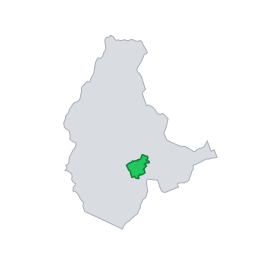 location of Uror, Jonglei, South Sudan, rotated 70°
{"feature_id": "79223893B11973303944142", "entity_name": "Uror", "entity_type": "district", "adm_level": 2, "iso_a3": "SSD", "parent_name": "South Sudan", "parent_adm1": "Jonglei", "projection": "albers", "projection_center": [32.126, 7.693], "detail": "fine", "context": "in_parent", "style": "filled", "palette": "green", "viewbox_px": 256, "rotation_deg": 70, "n_neighbors": 0, "source": "geoboundaries", "source_scale": "gbopen_adm2", "svg_char_len": 4148}
<svg xmlns="http://www.w3.org/2000/svg" viewBox="0 0 256 256"><g transform="rotate(70 128 128)"><path d="M199.4,189.3L192.5,196.3L192.1,196.7L191.2,197.2L188.4,197.2L185.6,196.9L182.9,195.1L180.2,196.5L178.5,196.9L177.5,197.1L175.1,197.3L171.7,198.1L170.2,199.0L169.4,199.7L168.7,201.1L168.4,201.2L167.7,201.1L166.9,200.5L165.1,199.7L164.2,198.0L163.3,197.0L162.6,196.4L159.8,198.1L158.4,198.5L157.3,198.5L155.2,197.5L152.9,196.7L151.7,196.7L150.0,197.7L148.0,199.3L146.9,200.8L146.4,201.7L145.7,200.3L145.1,199.4L144.1,199.1L142.2,199.4L141.7,198.9L141.6,197.7L141.3,196.7L140.9,195.8L139.4,195.0L135.6,193.4L132.7,190.0L131.2,188.5L130.1,187.5L128.6,184.9L126.9,183.1L124.8,182.3L123.4,182.7L122.0,184.6L119.2,186.3L118.0,186.4L116.4,185.4L114.4,184.7L110.9,184.4L109.4,185.2L107.4,186.6L105.8,187.4L104.8,187.5L103.8,187.1L102.7,186.9L101.8,186.9L99.9,185.6L98.9,184.7L98.3,183.8L97.2,183.2L95.9,182.7L95.1,181.9L94.6,180.9L93.9,179.6L93.0,178.5L90.1,176.4L89.2,175.2L88.7,174.0L87.5,172.7L86.2,170.9L85.8,168.3L85.8,166.3L85.6,165.3L85.0,164.4L84.4,163.6L83.4,162.6L81.0,161.3L78.6,159.7L77.4,158.8L75.2,158.5L73.9,157.6L72.8,155.7L72.4,154.1L71.3,152.9L70.8,152.0L70.5,151.0L71.5,148.0L70.2,146.9L68.3,145.5L66.9,143.9L66.1,142.5L63.6,140.6L58.3,137.8L55.2,136.0L53.5,134.3L52.0,132.8L51.9,132.1L52.9,130.6L53.1,129.3L52.3,127.9L49.1,125.2L46.6,122.2L44.6,121.3L40.0,120.4L38.6,120.1L37.2,119.5L35.9,118.1L35.4,116.6L36.2,114.1L35.7,113.3L34.9,113.1L35.2,112.6L36.1,111.4L37.5,110.6L41.4,109.5L41.7,109.0L41.8,107.5L42.1,106.7L43.5,104.6L43.7,103.7L43.8,101.9L43.9,101.0L44.3,100.4L45.4,99.4L45.8,98.7L46.0,97.4L45.9,94.6L46.5,93.5L49.0,91.0L49.6,89.9L49.9,88.9L49.9,87.9L50.0,86.9L50.8,85.9L51.4,85.6L53.2,85.3L54.4,85.5L62.9,83.9L63.9,84.2L64.4,85.2L64.3,86.9L64.4,87.6L64.9,88.2L66.2,89.0L67.2,90.3L67.7,90.8L69.0,91.7L75.3,99.2L77.1,99.9L78.8,99.7L82.3,98.2L84.0,97.8L96.1,98.4L97.4,98.2L97.5,98.2L99.3,102.0L100.2,102.8L113.5,103.0L113.2,101.9L113.4,100.7L115.8,98.5L116.1,98.2L118.1,97.1L120.1,96.4L124.0,95.6L125.4,94.3L126.2,93.0L126.2,90.6L126.7,90.2L127.7,89.6L132.1,87.5L132.9,87.1L140.7,92.1L145.1,96.1L145.4,96.3L145.6,96.4L145.8,96.3L146.0,96.1L146.5,95.9L148.4,95.9L152.0,95.7L153.2,95.2L160.3,88.1L162.2,85.8L162.6,85.4L163.7,83.7L164.8,81.0L165.0,80.6L172.8,74.0L173.1,73.4L173.2,73.0L172.0,70.8L171.7,69.6L171.7,67.9L171.9,65.2L171.8,63.4L171.7,63.0L171.7,62.9L167.3,58.0L178.3,57.9L178.3,57.3L178.3,57.1L178.1,56.5L178.0,55.7L178.0,55.3L178.0,54.9L178.0,54.7L178.0,54.4L186.0,54.4L185.9,55.8L184.9,59.1L184.9,61.0L184.7,63.2L184.4,63.9L184.0,64.5L183.9,64.7L183.9,65.0L185.6,77.5L185.4,78.0L185.0,78.8L184.9,79.0L185.0,79.4L188.7,80.7L188.9,80.8L189.0,80.9L190.3,82.5L197.6,88.4L197.8,88.7L198.6,90.6L198.7,90.8L198.7,91.3L198.7,91.6L198.5,92.8L198.6,93.3L198.7,93.6L198.8,94.0L198.7,94.4L197.7,96.5L197.3,98.1L197.2,99.4L197.3,100.1L197.4,100.6L197.5,100.8L200.7,100.8L200.7,101.5L201.2,112.8L201.2,114.1L201.1,115.7L200.7,116.3L199.8,117.2L198.7,118.0L195.9,118.3L193.6,118.2L191.9,118.1L189.6,118.0L187.5,118.2L186.7,118.9L183.9,124.9L183.0,126.4L182.8,127.3L183.1,127.8L184.2,128.6L186.6,129.6L189.4,130.2L191.5,130.5L192.9,130.8L194.0,131.1L197.9,133.8L199.2,135.1L199.9,136.2L200.1,137.4L200.7,138.6L204.3,142.3L207.7,144.1L209.1,146.1L210.3,147.1L211.6,148.1L212.2,149.6L213.7,154.2L214.7,156.5L215.8,158.5L216.2,161.6L217.0,163.0L217.9,164.7L219.3,166.3L220.8,167.4L221.1,167.8L206.2,182.6L199.4,189.3Z" fill="#d9dde1" stroke="#a8b0b8" stroke-width="1"/><path d="M175.8,140.9L175.8,138.6L177.8,137.8L179.0,135.7L178.8,134.9L178.5,135.2L176.4,134.6L176.6,133.2L175.6,132.5L176.6,131.3L176.7,130.7L175.9,127.3L173.0,127.1L172.2,127.7L171.9,127.6L172.0,126.9L170.8,125.6L170.1,123.7L168.9,123.8L168.1,125.0L167.4,124.5L167.2,122.9L167.9,120.1L167.5,119.7L166.0,119.9L165.8,121.2L164.4,121.6L164.5,121.1L163.1,119.6L161.3,119.4L161.2,119.7L161.0,120.4L158.2,123.2L158.1,123.9L159.4,125.0L161.5,126.8L161.2,129.6L161.9,129.7L162.1,130.4L161.4,131.1L161.3,134.0L160.5,134.9L161.3,136.6L161.5,139.1L162.5,142.2L168.0,141.6L168.7,140.8L175.5,141.3L175.8,140.9Z" fill="#22c55e" stroke="#15803d" stroke-width="1.5"/></g></svg>